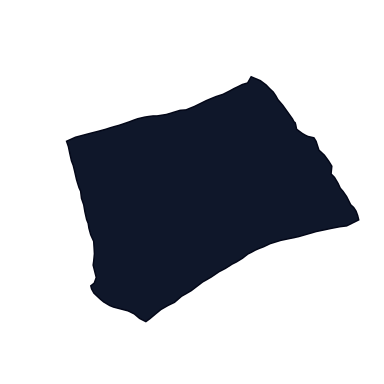 Huth, Amran, Yemen, rotated 331°
{"feature_id": "15242507B35105243625630", "entity_name": "Huth", "entity_type": "district", "adm_level": 2, "iso_a3": "YEM", "parent_name": "Yemen", "parent_adm1": "Amran", "projection": "mercator", "projection_center": [43.982, 16.275], "detail": "fine", "context": "isolated", "style": "filled", "palette": "ink", "viewbox_px": 384, "rotation_deg": 331, "n_neighbors": 0, "source": "geoboundaries", "source_scale": "gbopen_adm2", "svg_char_len": 1839}
<svg xmlns="http://www.w3.org/2000/svg" viewBox="0 0 384 384"><g transform="rotate(331 192 192)"><path d="M106.9,86.8L105.9,92.4L103.8,99.1L101.7,106.3L101.0,111.2L99.7,116.0L97.0,125.3L96.1,129.5L95.3,133.4L95.0,137.3L92.3,143.9L91.1,150.7L88.7,157.5L86.5,165.0L86.0,169.1L84.3,173.7L82.7,180.3L82.1,187.5L78.9,194.2L76.7,198.7L72.6,204.7L70.1,208.0L66.8,220.4L62.3,224.3L58.0,225.0L57.2,228.0L57.2,229.2L57.2,233.0L58.7,237.6L60.0,241.6L61.5,245.4L65.0,251.4L67.5,254.5L78.4,264.9L82.4,270.6L84.9,277.2L88.8,283.0L93.6,282.4L100.7,281.0L107.9,279.7L114.6,279.6L116.5,279.6L123.2,280.0L132.3,278.1L139.5,278.0L143.6,277.9L150.3,276.9L157.8,275.8L162.1,275.8L165.7,275.7L167.2,275.7L177.0,274.8L179.8,274.9L184.2,275.0L192.2,274.5L196.9,274.7L204.0,274.4L210.7,273.3L214.6,273.5L219.1,273.5L221.4,273.7L224.0,274.0L228.1,274.6L235.1,275.0L241.8,276.4L246.1,277.3L263.6,282.7L281.1,286.7L281.5,286.8L288.9,289.1L295.5,291.1L299.5,292.4L304.4,294.0L310.8,296.6L324.3,297.2L325.5,292.8L326.2,288.2L325.9,284.0L324.6,280.0L325.0,271.1L324.4,264.9L323.5,260.5L323.9,255.3L323.7,248.3L322.4,243.6L326.8,237.2L326.5,231.2L325.6,223.9L323.3,216.9L325.1,207.8L324.9,203.7L320.3,199.6L318.6,197.2L316.8,194.2L313.9,187.8L315.3,183.5L315.8,181.4L315.2,179.9L315.3,176.8L313.4,160.2L311.9,152.8L311.9,148.4L311.5,143.9L310.0,139.2L308.7,134.3L305.8,127.8L299.6,119.9L293.5,123.6L288.2,122.4L283.4,122.2L279.0,121.9L274.2,121.9L266.4,121.6L259.3,120.2L254.2,119.6L248.8,119.0L244.2,118.8L236.3,118.4L235.8,118.4L231.0,117.8L226.6,117.3L221.2,114.8L207.2,111.8L202.3,110.0L198.2,108.5L194.8,106.6L190.8,105.0L187.0,103.6L180.0,101.6L175.8,100.9L171.5,100.3L164.2,99.0L160.4,98.3L156.0,97.2L151.6,96.2L146.9,95.3L139.6,93.5L132.0,91.5L128.1,90.5L121.3,88.8L116.6,87.6L111.6,87.2L106.9,86.8Z" fill="#0f172a" stroke="#020617" stroke-width="1.5"/></g></svg>